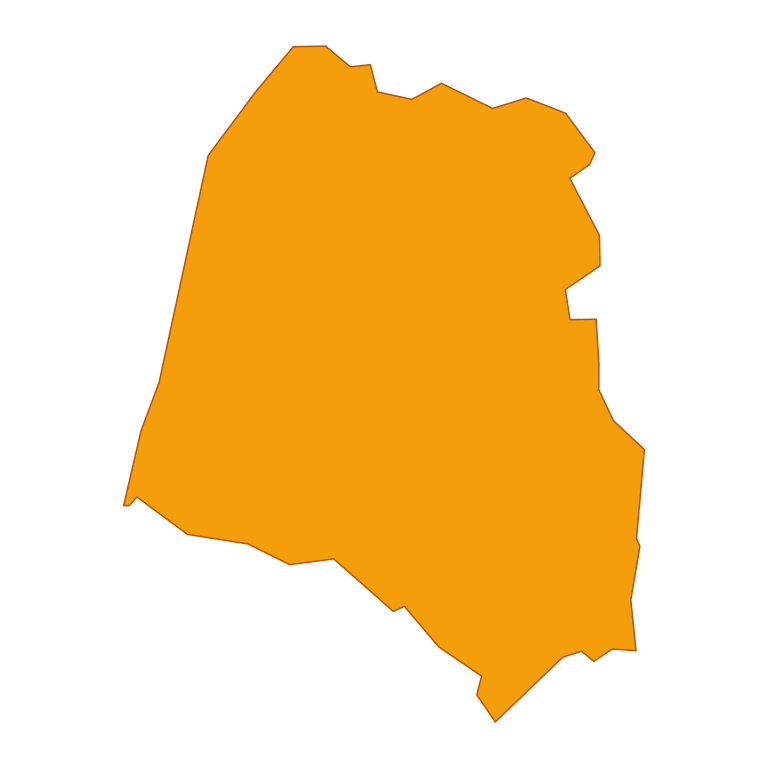 outline of Union, South Carolina, United States of America
{"feature_id": "52423323B84836072976250", "entity_name": "Union", "entity_type": "district", "adm_level": 2, "iso_a3": "USA", "parent_name": "United States of America", "parent_adm1": "South Carolina", "projection": "albers", "projection_center": [-81.587, 34.679], "detail": "fine", "context": "isolated", "style": "filled", "palette": "amber", "viewbox_px": 768, "rotation_deg": 0, "n_neighbors": 0, "source": "geoboundaries", "source_scale": "gbopen_adm2", "svg_char_len": 711}
<svg xmlns="http://www.w3.org/2000/svg" viewBox="0 0 768 768"><path d="M123.6,505.7L129.1,505.6L136.9,497.0L187.4,534.4L247.7,543.9L289.6,564.6L333.6,558.9L373.8,594.1L393.2,611.4L404.4,606.3L438.9,647.0L481.6,676.1L476.8,694.8L495.3,721.9L562.9,657.1L581.6,651.2L593.8,661.4L612.2,649.0L636.0,650.7L630.8,600.0L639.9,546.4L636.5,538.5L644.4,449.6L613.4,420.6L598.8,389.6L598.9,362.9L596.1,319.3L570.0,319.6L565.3,289.6L600.0,265.8L599.5,235.6L569.8,178.3L589.6,164.5L594.9,152.6L565.6,113.3L526.5,98.0L492.6,108.4L441.4,83.3L411.9,99.4L377.4,91.9L370.3,64.7L350.3,66.8L325.5,46.1L293.4,46.7L256.6,90.6L208.2,155.5L159.1,382.5L141.1,430.6L123.6,505.7Z" fill="#f59e0b" stroke="#b45309" stroke-width="1.5"/></svg>